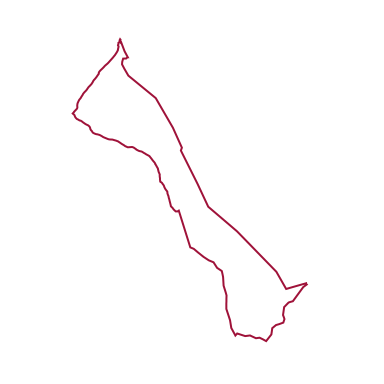 outline of Belvedere, Soufrière, Saint Lucia, rotated 18°
{"feature_id": "8701671B92172840318225", "entity_name": "Belvedere", "entity_type": "district", "adm_level": 2, "iso_a3": "LCA", "parent_name": "Saint Lucia", "parent_adm1": "Soufrière", "projection": "robinson", "projection_center": [-61.062, 13.892], "detail": "fine", "context": "isolated", "style": "outline", "palette": "rose", "viewbox_px": 384, "rotation_deg": 18, "n_neighbors": 0, "source": "geoboundaries", "source_scale": "gbopen_adm2", "svg_char_len": 4802}
<svg xmlns="http://www.w3.org/2000/svg" viewBox="0 0 384 384"><g transform="rotate(18 192 192)"><path d="M329.7,244.5L328.7,244.0L328.6,243.6L311.5,255.1L296.9,241.8L247.0,215.5L212.0,201.0L194.8,182.6L168.6,156.0L168.7,153.0L154.0,136.8L128.5,113.9L95.5,101.0L89.6,95.7L86.0,92.2L85.4,89.7L85.3,86.4L88.1,85.4L89.0,83.8L89.3,83.7L84.4,79.0L77.7,70.7L76.4,69.7L76.5,69.4L76.7,69.1L76.4,68.9L76.3,69.6L76.3,70.2L76.7,70.5L77.0,70.8L77.6,71.1L77.9,71.4L78.0,71.6L78.5,72.1L78.4,72.3L77.8,72.0L77.4,71.7L76.7,71.4L76.3,72.2L75.9,72.9L76.0,73.2L76.2,73.6L76.3,74.1L76.3,74.7L76.2,75.0L76.3,75.5L76.9,76.0L77.1,76.1L77.3,76.7L77.4,78.1L77.5,79.1L77.7,79.9L77.6,80.1L77.6,80.6L77.5,81.3L77.4,81.9L77.3,82.2L77.1,83.1L76.3,86.0L76.0,86.6L75.3,88.5L74.3,90.8L73.5,92.6L72.6,94.7L71.9,96.1L71.0,97.5L70.7,98.1L70.4,98.5L70.0,99.3L69.5,100.5L69.1,101.3L68.5,102.5L67.5,104.3L67.0,105.4L66.8,105.9L66.6,106.5L66.5,107.1L66.6,108.0L66.8,108.3L66.7,108.8L66.3,109.9L66.0,110.9L65.6,112.3L64.8,114.4L64.1,115.9L63.9,116.7L63.7,117.2L63.6,118.4L63.4,119.1L63.2,119.6L63.2,119.9L62.8,121.0L62.5,121.5L62.1,122.5L61.6,123.4L61.2,124.2L60.9,125.2L60.6,126.1L60.5,126.7L60.2,127.5L59.9,128.3L59.5,129.1L58.9,130.3L58.6,131.0L58.1,132.4L58.0,133.3L57.7,134.5L57.4,135.4L57.2,136.7L56.7,138.1L56.3,139.0L56.1,140.1L55.8,142.5L55.8,143.6L56.2,145.5L56.7,146.6L56.9,147.3L56.9,147.7L56.7,148.7L56.1,149.9L55.6,151.0L55.0,152.3L55.0,152.7L54.6,153.5L54.3,154.2L56.1,155.0L56.5,155.2L56.8,155.6L57.0,155.9L57.4,156.4L57.7,156.7L58.0,157.0L58.3,157.2L58.8,157.5L59.1,157.7L59.5,157.9L59.9,158.1L60.5,158.2L61.0,158.2L61.7,158.4L63.0,158.7L63.5,158.6L63.8,158.6L64.3,158.6L64.7,158.7L65.5,158.9L66.7,159.4L68.4,159.9L69.7,160.3L70.8,160.5L72.6,160.7L73.2,161.0L73.8,161.2L74.2,161.4L74.6,161.7L74.8,162.0L75.0,162.2L75.3,162.5L75.5,162.9L75.7,163.2L75.9,163.5L76.1,163.8L76.4,164.0L76.8,164.4L77.3,164.7L77.7,164.9L78.1,165.1L78.4,165.4L78.8,165.8L79.2,166.1L79.4,166.2L80.9,166.5L82.1,166.6L83.0,166.6L83.7,166.5L84.0,166.4L86.5,166.3L87.1,166.4L87.6,166.5L88.2,166.6L88.8,166.7L89.8,167.0L90.6,167.2L91.7,167.3L94.3,167.5L95.5,167.6L96.4,167.6L97.2,167.5L98.1,167.3L98.8,167.1L99.7,166.8L100.7,166.7L101.8,166.7L103.7,166.6L105.7,166.7L106.1,166.7L106.6,166.9L107.8,167.2L109.1,167.6L110.4,168.0L111.8,168.3L112.7,168.5L113.6,168.8L114.2,169.0L114.6,169.1L115.2,169.1L116.8,169.3L117.1,169.3L117.4,169.2L118.4,168.8L120.2,168.1L120.9,167.8L121.3,167.7L121.7,167.7L122.2,167.7L122.6,167.8L123.0,167.8L124.9,168.4L125.3,168.5L125.6,168.6L125.8,168.8L126.2,168.9L128.6,169.3L128.8,169.3L129.2,169.3L129.6,169.3L130.4,169.2L131.3,169.1L131.6,169.1L132.3,169.2L133.0,169.4L134.1,169.7L134.7,169.8L135.7,170.0L136.6,170.3L138.9,170.7L139.3,170.8L139.7,170.9L140.0,170.9L140.3,171.0L140.6,171.1L140.8,171.3L141.1,171.5L143.1,172.8L144.9,174.1L146.2,174.9L147.2,175.5L148.3,176.4L148.4,176.8L149.6,177.7L150.7,178.8L152.0,179.9L152.1,180.1L152.5,180.5L152.8,181.2L153.0,181.4L153.2,181.8L153.5,182.2L153.8,182.8L154.0,183.1L154.3,183.4L154.5,183.7L155.0,184.2L155.5,184.8L155.7,185.1L156.0,185.5L156.1,186.0L156.2,186.5L156.4,186.9L156.5,187.2L156.7,187.6L156.8,187.9L157.0,188.2L157.2,188.5L157.3,188.7L157.4,189.1L157.5,189.5L157.7,190.0L157.9,190.5L158.1,190.8L158.2,191.0L158.3,191.4L158.5,191.7L158.6,191.9L158.8,192.1L159.5,192.2L159.9,192.3L160.3,192.5L160.6,192.6L161.0,192.9L161.5,193.3L161.8,193.6L162.1,193.7L162.5,194.0L162.9,194.3L163.2,194.6L163.5,194.9L163.9,195.5L164.3,196.0L164.9,196.6L165.3,197.0L165.6,197.3L165.9,197.5L166.7,198.1L167.4,198.6L167.9,198.9L168.2,199.1L168.4,199.3L168.6,199.7L168.7,200.0L168.9,200.4L169.0,200.8L169.3,201.2L169.5,201.5L169.8,201.9L170.1,202.3L170.4,202.6L170.6,202.8L170.8,203.1L171.9,205.0L172.5,205.8L172.8,206.3L173.2,206.9L173.5,207.5L173.7,207.8L174.0,208.2L174.2,208.5L174.4,208.9L174.7,209.3L174.9,209.6L175.1,210.0L175.3,210.3L175.5,210.6L175.7,210.9L175.9,211.3L176.1,211.6L176.2,211.9L176.4,212.1L176.6,212.2L176.8,212.3L177.4,212.7L177.8,212.8L178.2,213.0L178.5,213.2L179.1,213.7L179.9,214.2L180.0,214.3L182.5,215.5L184.3,214.9L185.2,213.8L207.5,245.2L211.2,245.5L216.3,247.6L222.9,250.1L229.1,251.8L234.2,252.2L239.3,256.4L243.6,257.6L244.8,258.0L246.4,260.7L247.7,263.0L248.1,263.9L251.0,271.3L255.3,277.4L256.8,279.7L257.7,282.8L258.7,285.9L259.0,287.1L260.8,292.6L265.7,299.3L267.8,302.2L271.4,309.2L277.2,314.7L277.6,315.1L277.9,314.4L278.5,313.2L278.7,312.6L278.9,312.6L281.6,312.6L287.1,312.6L288.2,312.1L291.5,310.5L292.2,310.6L298.0,311.3L301.3,309.7L304.2,310.1L304.4,310.1L308.6,310.9L311.5,303.0L311.1,300.5L310.4,296.7L313.0,292.6L314.3,291.7L315.5,290.9L316.8,289.9L319.2,288.0L319.2,284.3L318.2,282.9L316.6,280.9L315.2,273.0L317.7,267.9L318.1,267.2L319.3,266.3L321.7,264.7L327.2,248.0L329.7,244.5Z" fill="none" stroke="#9f1239" stroke-width="2"/></g></svg>